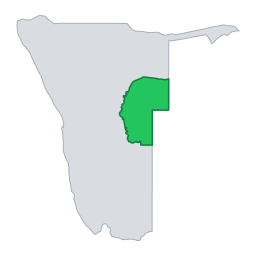 Omaheke highlighted on a map of Namibia
{"feature_id": "NAM-3353", "entity_name": "Omaheke", "entity_type": "Region", "adm_level": 1, "iso_a3": "NAM", "parent_name": "Namibia", "parent_adm1": "", "projection": "robinson", "projection_center": [18.894, -22.054], "detail": "fine", "context": "in_parent", "style": "filled", "palette": "green", "viewbox_px": 256, "rotation_deg": 0, "n_neighbors": 0, "source": "natural_earth", "source_scale": "10m", "svg_char_len": 5726}
<svg xmlns="http://www.w3.org/2000/svg" viewBox="0 0 256 256"><path d="M208.2,28.0L211.7,27.2L215.0,26.5L218.9,25.8L222.1,25.2L222.9,25.0L230.4,25.7L233.6,26.2L234.8,26.7L236.2,27.9L238.9,30.9L238.2,30.8L233.2,31.4L231.3,32.2L227.0,35.8L226.1,35.3L225.0,34.6L224.2,34.4L222.3,35.2L220.4,36.2L218.3,37.7L216.6,39.1L216.0,39.9L213.3,42.8L212.4,43.2L211.7,43.4L211.4,43.3L211.0,42.1L209.4,39.1L206.8,35.3L206.0,34.9L205.5,34.8L203.5,35.0L197.8,36.1L193.0,37.0L185.7,38.5L177.8,39.8L172.9,40.6L168.7,40.8L168.7,44.6L168.7,52.3L168.7,59.9L168.7,67.6L168.6,75.3L168.6,83.0L168.6,90.6L168.6,98.3L168.6,106.0L168.6,109.3L168.4,110.1L166.0,110.1L160.6,110.1L156.0,110.1L152.3,110.1L152.3,114.6L152.3,120.0L152.3,125.4L152.3,130.8L152.2,136.2L152.2,141.6L152.2,147.0L152.2,152.4L152.2,157.8L152.2,161.8L152.2,162.3L152.2,170.2L152.2,178.6L152.2,187.0L152.1,195.3L152.1,203.7L152.1,212.1L152.1,220.4L152.1,228.8L152.1,231.5L150.4,231.4L147.1,232.5L145.0,233.8L144.1,235.4L142.9,236.4L141.4,236.8L140.7,237.6L140.9,238.9L140.3,239.9L138.9,240.6L136.8,240.4L133.8,239.3L129.9,239.1L125.3,239.7L122.0,239.4L119.9,238.2L117.8,237.6L115.5,237.4L114.2,237.0L111.5,236.1L111.0,234.7L110.6,233.6L109.9,232.4L109.8,231.5L110.4,230.8L110.5,229.6L110.0,228.0L109.3,227.3L108.2,227.3L107.6,226.7L107.3,225.5L106.7,224.5L105.2,223.6L103.2,224.3L102.3,225.4L101.7,227.1L101.2,228.0L101.0,229.4L100.9,230.4L100.4,231.5L99.9,231.9L99.3,231.7L98.3,232.2L96.1,233.8L95.5,234.6L93.6,233.1L88.4,227.3L86.5,225.8L83.7,222.3L77.6,211.4L76.7,209.3L75.5,204.1L74.1,200.2L73.9,197.9L74.6,196.6L74.2,194.9L73.5,193.3L71.4,191.3L70.7,184.5L69.3,180.2L69.5,176.6L68.9,173.3L68.8,171.2L69.0,167.1L67.9,162.5L65.6,158.0L63.5,151.5L63.2,148.6L63.3,141.0L62.9,137.9L62.9,134.2L62.1,130.4L61.7,128.3L62.3,126.6L62.6,127.2L63.2,127.4L63.6,125.2L63.7,123.3L62.6,118.5L60.3,113.6L54.6,105.7L53.2,102.7L52.3,100.1L45.9,89.7L43.1,82.3L41.2,75.9L39.1,73.0L29.4,52.2L27.2,48.9L23.4,45.0L22.5,43.6L21.0,39.9L18.1,34.8L17.3,30.1L17.1,24.8L17.4,20.7L20.0,20.2L21.8,19.1L23.5,19.1L25.1,19.9L26.8,20.0L27.5,19.8L30.6,20.0L32.3,19.0L34.4,18.0L35.7,17.1L37.4,16.3L39.6,15.4L40.9,15.4L42.5,15.8L44.6,16.1L45.8,16.7L47.2,18.6L49.4,20.4L51.0,21.4L52.8,22.8L53.4,23.3L54.2,23.6L54.7,23.7L58.1,23.5L61.2,23.3L64.5,23.3L70.8,23.3L77.1,23.3L83.4,23.3L89.6,23.3L95.9,23.3L102.2,23.3L108.5,23.3L114.7,23.4L117.3,23.4L121.8,23.4L126.5,23.5L127.0,23.6L127.5,24.0L128.0,24.3L129.6,26.7L131.8,29.2L133.5,30.4L135.6,31.1L137.6,31.4L139.5,31.2L142.6,31.5L146.9,32.3L151.3,32.6L155.9,32.2L159.2,32.7L161.1,33.9L163.0,34.7L165.0,35.2L167.6,34.9L171.0,34.0L173.9,34.1L175.2,34.8L176.0,34.8L180.9,33.8L184.9,33.0L190.8,31.7L195.8,30.7L203.1,29.1L208.2,28.0Z" fill="#d9dde1" stroke="#a8b0b8" stroke-width="1"/><path d="M168.7,79.0L168.7,79.5L168.7,81.8L168.7,84.2L168.7,86.6L168.7,88.9L168.7,91.2L168.7,91.3L168.7,92.3L168.7,93.4L168.7,94.5L168.7,95.6L168.7,96.7L168.7,97.8L168.7,98.8L168.7,99.9L168.7,101.0L168.7,102.1L168.7,103.2L168.7,104.3L168.7,105.4L168.7,106.4L168.7,107.5L168.7,108.6L168.7,109.4L168.4,110.1L167.5,110.1L163.7,110.1L159.9,110.1L156.1,110.1L152.3,110.1L152.3,111.7L152.3,114.5L152.3,117.4L152.3,120.2L152.3,123.0L152.3,126.3L152.3,129.5L152.3,132.7L152.3,134.7L152.3,136.0L152.3,139.2L152.3,142.4L152.3,145.1L152.2,145.1L141.9,145.1L140.8,144.9L140.8,141.6L140.7,141.4L140.1,141.2L139.9,141.2L139.7,141.3L139.0,142.3L138.9,142.4L137.3,142.4L137.0,142.3L136.9,142.2L137.0,142.0L137.0,141.9L137.0,141.7L136.9,141.7L136.0,141.6L135.9,141.7L132.9,143.0L132.7,143.0L131.3,142.7L131.0,142.6L130.8,142.4L130.0,141.5L129.8,141.4L129.6,141.3L129.4,141.3L129.3,141.5L129.0,141.8L128.9,141.8L128.8,141.7L127.3,138.6L127.3,138.4L128.3,135.8L128.4,135.5L128.3,135.4L128.2,135.2L125.9,133.2L125.8,132.7L126.0,132.3L126.1,132.2L126.3,132.1L127.2,132.1L127.3,132.0L127.4,131.9L127.3,131.2L127.2,130.8L127.1,130.7L126.8,130.6L126.5,130.5L126.3,130.5L126.2,130.4L125.8,129.9L125.6,129.8L125.5,129.6L125.4,129.4L125.4,129.2L125.5,129.0L125.6,128.9L126.3,128.6L126.5,128.5L126.5,128.4L126.5,128.2L126.6,127.9L126.6,127.7L126.4,127.6L125.3,128.0L125.1,128.0L125.0,127.9L124.9,125.9L124.9,125.4L124.4,123.9L124.4,123.5L124.1,121.6L123.7,119.1L123.6,118.9L123.4,119.0L122.9,119.5L122.4,119.1L122.3,118.9L122.4,118.7L122.9,118.4L123.0,118.3L122.9,118.2L122.6,117.9L122.3,117.6L121.9,116.9L121.7,116.7L121.0,116.7L120.8,116.6L120.6,116.4L120.1,115.7L119.7,114.7L119.6,114.4L119.5,114.1L119.7,112.4L119.8,112.3L119.9,112.2L120.0,112.2L120.3,112.2L120.5,112.2L121.0,111.9L121.3,111.6L121.3,111.3L121.2,111.1L121.1,110.9L121.1,110.7L121.6,110.0L121.7,109.6L121.9,109.5L122.0,109.4L122.2,109.2L122.1,108.7L121.9,108.4L121.7,108.1L121.6,107.9L121.3,107.7L121.2,107.5L121.2,107.3L121.3,107.1L121.5,106.6L121.9,106.1L122.1,105.6L122.0,104.5L122.2,104.3L123.2,103.8L123.6,103.6L124.0,103.0L124.1,102.7L124.0,101.7L124.0,101.1L124.0,100.9L123.9,100.6L124.3,100.2L124.4,99.9L124.3,99.1L124.3,98.9L124.3,98.7L124.6,98.4L124.6,98.1L124.5,97.5L124.4,97.4L124.1,97.4L123.7,97.4L123.5,97.2L123.5,96.4L123.5,96.0L123.7,95.8L123.8,95.7L124.0,95.7L124.3,95.7L126.0,96.2L125.9,95.5L125.8,95.3L125.8,95.2L125.9,94.8L126.5,94.5L126.7,94.3L126.8,94.1L126.9,93.9L126.9,93.5L126.9,93.4L126.7,93.3L126.2,93.4L126.0,93.5L126.0,93.4L126.0,92.7L126.2,92.0L126.5,91.7L127.7,91.5L128.0,91.4L128.1,91.6L128.4,91.9L128.8,91.0L128.9,90.6L129.4,88.0L129.5,87.7L132.4,82.5L132.9,81.9L133.5,81.4L141.5,78.1L142.0,77.8L142.5,77.2L142.8,77.1L143.3,77.0L144.2,77.0L144.7,77.0L157.9,78.7L158.2,78.8L158.6,79.0L158.9,79.1L159.7,79.2L160.0,79.3L160.6,79.2L161.2,79.1L163.0,79.4L163.8,79.7L164.4,79.7L165.6,79.7L165.8,79.6L166.7,79.3L167.7,79.3L168.0,79.2L168.3,79.1L168.7,79.0L168.7,79.0Z" fill="#22c55e" stroke="#15803d" stroke-width="1.5"/></svg>